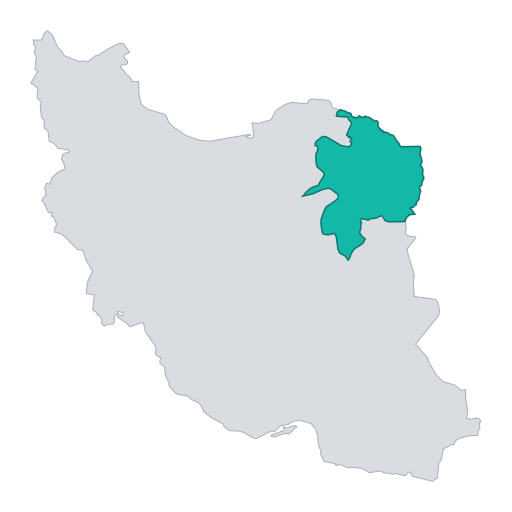 location of Razavi Khorasan within Iran
{"feature_id": "IRN-3245", "entity_name": "Razavi Khorasan", "entity_type": "Province", "adm_level": 1, "iso_a3": "IRN", "parent_name": "Iran", "parent_adm1": "", "projection": "albers", "projection_center": [59.461, 35.325], "detail": "fine", "context": "in_parent", "style": "filled", "palette": "teal", "viewbox_px": 512, "rotation_deg": 0, "n_neighbors": 0, "source": "natural_earth", "source_scale": "10m", "svg_char_len": 8444}
<svg xmlns="http://www.w3.org/2000/svg" viewBox="0 0 512 512"><path d="M252.0,122.7L258.4,123.4L270.3,120.0L271.4,119.1L275.4,111.2L279.6,107.8L286.8,103.8L291.4,102.5L307.3,103.7L308.6,100.5L311.3,98.9L328.5,100.3L331.1,102.9L332.0,107.5L346.4,111.9L349.3,113.3L352.8,116.8L355.7,117.7L359.4,116.2L361.7,117.3L365.6,116.4L376.8,121.5L378.3,126.6L380.3,129.0L382.8,131.1L391.8,135.1L394.5,137.4L401.0,146.8L419.2,146.4L420.4,148.5L420.3,152.5L421.7,162.2L420.3,165.8L422.7,169.0L422.5,175.0L423.5,179.3L421.5,185.2L419.4,186.4L420.7,191.6L418.9,196.6L419.2,198.5L416.3,202.8L416.2,204.5L410.8,208.5L414.8,214.2L408.9,214.7L405.2,220.9L406.3,228.3L405.3,232.1L405.9,234.2L407.5,235.6L415.6,237.0L415.8,238.0L407.3,248.8L407.7,252.9L414.2,274.6L413.3,285.4L414.3,296.5L435.3,299.4L437.7,302.2L439.3,308.4L439.3,313.0L438.7,315.4L415.5,344.1L427.8,358.0L428.4,361.1L436.0,374.7L443.0,381.6L455.0,385.1L460.7,390.1L465.7,389.7L465.4,396.7L467.8,411.3L466.5,418.0L470.8,419.2L477.3,418.0L479.7,419.2L481.0,421.6L479.4,423.0L479.9,428.7L478.2,430.0L477.7,435.4L467.9,435.9L458.9,438.6L455.6,440.7L453.8,444.6L450.8,444.4L449.8,445.9L443.4,448.7L441.3,459.8L438.9,462.5L437.3,478.3L435.8,478.5L432.7,481.3L412.6,476.4L410.5,472.7L408.4,472.0L405.5,475.7L395.5,473.6L392.1,474.3L390.0,473.2L384.6,473.1L380.3,470.9L369.4,472.7L362.8,468.7L355.7,467.6L347.0,467.5L339.9,464.5L336.2,465.6L334.5,463.5L324.0,461.4L320.7,454.2L320.7,450.7L318.3,444.5L317.6,435.6L315.4,429.0L311.1,423.6L299.3,420.1L293.0,421.5L288.3,424.4L280.6,425.8L274.4,431.6L271.0,431.0L256.6,438.5L253.6,438.2L243.4,432.3L238.8,431.0L229.2,430.6L224.2,426.7L223.0,424.0L211.0,417.5L203.8,411.7L201.8,406.7L198.8,402.9L191.6,399.5L187.7,396.1L176.3,394.0L169.0,385.7L169.1,383.1L165.1,374.3L164.8,368.0L163.9,366.3L160.2,363.4L159.7,361.7L160.9,357.9L156.0,355.0L155.4,353.1L156.0,347.1L145.2,331.5L143.5,323.2L141.3,322.7L130.0,326.9L127.2,323.6L118.2,317.5L117.1,315.5L119.6,314.8L121.9,315.9L123.4,315.0L123.0,313.2L120.8,311.9L117.5,311.6L118.3,313.3L115.1,314.6L114.2,316.5L114.3,322.5L112.9,324.1L107.7,324.5L104.4,326.1L101.8,323.6L101.5,319.2L100.0,316.2L97.5,314.8L95.9,311.9L92.7,310.1L94.3,294.9L86.2,293.6L87.5,282.1L92.6,271.1L86.0,259.9L83.5,251.6L81.6,249.9L77.6,249.6L65.5,237.3L61.2,233.9L54.9,232.2L54.6,228.4L56.7,224.5L54.4,218.7L53.7,217.0L51.2,216.0L51.8,212.6L48.4,212.4L43.4,202.1L41.7,200.6L46.2,194.0L44.5,187.9L46.7,183.3L49.9,184.0L51.8,177.6L58.5,171.8L63.9,169.6L64.6,167.7L64.1,163.9L61.5,159.0L62.5,155.3L63.7,153.5L69.3,152.2L69.7,151.4L67.4,149.7L58.2,148.4L53.8,143.2L49.3,141.5L47.9,131.2L47.3,129.9L45.2,129.2L44.0,127.2L44.2,120.6L41.5,117.2L40.2,107.1L40.4,104.7L41.6,102.8L37.1,97.8L37.5,91.3L38.7,90.0L33.6,84.4L31.1,83.8L31.0,82.9L36.3,73.6L38.3,71.5L35.1,69.5L35.8,64.5L35.5,60.3L36.5,56.5L34.6,53.3L34.3,51.5L35.7,47.2L33.8,44.8L33.3,40.0L41.7,40.0L44.2,33.2L47.6,30.7L52.2,34.9L57.8,47.3L61.6,51.3L64.3,55.6L79.3,61.7L82.8,60.9L88.1,61.8L95.7,55.6L98.9,55.1L107.6,49.1L118.1,43.7L123.2,43.3L129.6,52.4L125.1,54.4L124.2,56.4L124.4,58.4L127.5,60.9L127.6,63.3L126.4,64.3L121.9,65.1L120.4,67.3L124.7,71.6L126.6,75.0L129.1,76.1L132.5,81.6L138.8,81.6L138.8,93.9L141.3,104.4L147.6,109.3L164.7,114.3L166.5,116.5L168.8,122.2L173.0,126.6L185.9,135.6L200.6,140.6L210.6,141.1L247.9,134.6L251.3,134.8L245.7,136.7L247.7,137.8L252.4,138.1L253.5,137.2L253.8,135.7L252.0,122.7ZM294.6,428.0L292.1,431.3L288.3,434.1L285.5,433.2L274.2,437.0L271.2,436.6L270.9,435.2L283.3,430.7L284.0,429.4L283.4,426.8L287.2,428.0L291.7,426.1L295.4,425.6L297.0,427.2L294.6,428.0Z" fill="#d9dde1" stroke="#a8b0b8" stroke-width="1"/><path d="M340.7,109.8L340.8,109.8L341.2,109.7L341.4,109.8L341.5,110.0L341.7,110.4L341.9,110.6L342.2,110.7L342.6,110.7L343.0,110.6L343.4,110.6L344.2,110.8L347.7,112.6L349.3,113.0L350.0,113.1L350.4,113.2L350.8,113.4L351.0,113.6L351.0,113.8L350.9,114.0L351.3,114.9L351.4,115.1L351.4,115.6L351.4,116.0L351.5,116.4L351.9,116.7L352.3,116.9L354.1,117.2L354.4,117.3L355.0,117.7L355.3,117.8L357.4,117.6L357.8,117.5L358.1,117.0L358.3,116.5L358.6,116.1L359.0,115.8L359.4,115.8L359.8,116.0L360.9,117.0L361.9,117.5L362.5,117.5L363.0,117.5L363.2,117.4L363.3,117.2L363.5,117.1L363.8,117.1L364.3,117.2L364.5,117.1L365.0,116.7L365.1,116.2L366.6,116.8L368.4,117.2L369.3,117.7L369.6,117.9L369.9,118.0L370.6,118.1L370.9,118.3L371.6,119.0L374.7,121.3L375.2,121.3L376.5,120.7L377.0,120.9L377.5,121.3L377.9,121.9L378.0,122.3L378.0,123.0L378.1,123.3L378.2,123.5L378.1,123.8L377.9,124.1L377.8,124.4L377.9,125.0L378.4,127.0L378.6,127.4L380.1,128.6L380.5,129.1L380.6,129.3L380.6,129.5L380.5,129.8L380.4,130.1L380.5,130.3L380.9,130.4L381.0,130.5L381.4,130.8L381.6,130.8L382.3,130.5L382.7,130.6L383.0,131.0L383.2,131.4L383.3,132.0L383.5,132.5L383.8,132.7L384.0,132.7L384.5,132.1L384.9,132.0L388.3,133.1L389.8,134.3L390.7,134.8L392.6,135.2L393.4,135.5L394.1,136.5L395.0,138.3L396.1,140.0L398.6,143.0L399.1,143.8L399.8,145.6L400.3,146.4L401.1,146.8L404.8,146.7L408.0,146.6L413.0,146.5L415.8,146.4L418.2,146.3L419.4,146.5L420.3,146.6L420.5,147.6L420.7,148.0L420.8,148.3L420.9,148.7L420.8,149.0L420.7,149.3L420.6,149.6L420.5,149.9L420.4,150.2L420.4,150.5L420.6,150.9L420.1,153.3L420.0,154.7L420.4,155.6L420.2,155.8L420.2,156.0L420.4,156.1L420.6,156.2L420.8,156.4L420.9,156.6L421.0,156.9L421.0,157.2L421.0,157.8L421.1,158.1L421.5,158.7L421.8,160.5L421.9,161.4L422.0,161.5L421.9,161.7L421.7,162.0L421.5,162.5L421.5,162.8L421.4,163.0L421.4,163.4L421.2,163.5L420.9,163.6L420.7,164.1L420.8,164.7L420.8,164.9L420.5,165.3L420.1,165.7L419.8,166.0L420.1,166.2L420.7,166.2L421.2,166.5L421.6,166.9L422.0,167.3L422.2,167.7L422.5,168.2L422.6,168.7L422.7,169.8L422.8,170.2L422.9,170.7L422.7,171.3L422.9,171.5L422.9,171.8L422.7,172.5L422.8,173.2L422.7,173.4L422.4,173.7L422.3,173.9L422.4,174.7L422.7,175.3L423.3,176.2L423.5,176.5L423.7,177.7L423.8,178.3L423.7,178.9L423.4,179.4L422.8,180.1L422.6,180.7L422.4,181.6L422.3,181.9L421.8,182.6L421.6,182.9L421.5,183.5L421.7,185.0L421.5,185.5L421.0,185.8L420.5,185.9L420.0,185.9L419.6,186.2L419.5,186.8L419.5,187.5L419.6,187.9L419.8,188.1L419.8,188.4L419.5,188.6L419.4,188.7L419.5,189.0L420.4,190.1L420.4,190.6L420.3,190.8L420.4,191.1L420.6,191.3L420.1,192.1L419.9,192.6L419.8,193.8L419.5,194.9L419.4,195.4L419.3,195.7L419.0,196.3L418.9,196.6L419.0,196.9L419.1,197.5L419.0,198.8L418.8,199.7L418.1,200.0L418.0,200.5L417.5,201.3L416.8,201.9L416.3,202.4L416.3,203.1L416.4,203.9L416.3,204.6L416.1,204.9L415.8,205.0L415.5,205.0L415.2,205.0L414.8,205.2L414.7,205.4L414.6,205.7L413.5,206.9L413.0,207.3L412.4,207.4L411.1,207.6L410.5,207.9L410.2,208.6L410.4,208.6L410.7,208.7L410.8,208.9L411.0,209.6L411.2,209.8L411.8,210.1L412.1,210.3L412.4,210.7L412.8,211.4L414.6,213.7L414.9,214.3L413.1,214.4L410.6,214.6L408.9,214.7L409.1,215.3L408.7,215.7L407.6,216.3L406.7,217.2L406.0,218.2L405.3,219.6L405.2,220.9L405.3,221.3L405.2,221.3L403.4,221.6L388.3,221.8L385.2,220.7L382.8,216.8L381.5,215.7L379.0,216.6L376.8,217.9L369.6,219.0L368.9,219.7L368.3,220.2L365.8,219.4L361.9,218.9L360.7,219.4L360.3,220.2L360.4,221.0L361.4,222.5L361.1,224.5L360.6,226.6L360.8,227.9L360.7,229.0L360.1,230.5L359.7,232.2L359.8,233.4L360.5,234.1L361.1,234.5L361.3,235.2L361.5,236.0L365.2,238.8L364.4,240.1L364.3,240.9L363.1,242.9L362.0,244.0L354.2,249.0L350.8,254.1L349.9,257.5L348.9,259.3L348.2,260.1L347.6,259.6L345.7,256.4L343.6,255.1L342.0,254.4L341.5,253.9L339.4,252.7L337.9,249.0L336.3,236.7L335.3,234.8L334.3,233.5L328.1,234.8L323.3,234.1L322.2,232.3L320.9,223.8L321.2,218.9L324.5,209.8L326.2,206.9L335.8,200.4L338.2,198.1L338.5,196.3L337.7,194.4L330.9,189.0L328.3,188.2L322.2,189.6L312.6,193.9L302.8,196.1L306.8,191.5L310.0,188.8L312.7,187.2L317.8,185.5L318.5,184.9L319.6,182.6L323.9,175.6L324.3,173.6L322.8,171.7L317.3,167.0L316.7,165.3L316.1,161.8L315.8,156.3L316.2,153.2L317.2,151.4L317.9,148.7L317.4,146.4L316.5,145.8L315.7,145.7L315.2,145.8L315.3,145.0L315.2,144.0L315.4,142.7L316.8,140.9L322.5,136.5L326.3,136.8L341.5,145.7L348.0,146.8L349.8,146.4L350.6,145.5L351.5,143.3L351.3,142.4L350.4,141.9L350.1,141.4L350.3,140.6L351.7,139.1L351.6,138.4L350.9,138.1L350.4,137.3L350.2,136.6L349.9,136.7L349.6,137.6L348.9,137.7L348.5,136.8L347.9,136.1L346.8,135.3L346.7,134.3L347.6,133.1L349.1,129.0L349.9,127.9L350.2,127.0L350.2,126.4L350.4,125.9L351.1,125.2L351.6,124.3L351.4,123.1L350.8,121.8L348.8,119.8L348.2,118.6L348.0,117.6L347.5,117.0L337.2,116.4L336.3,115.7L336.7,114.7L337.0,113.6L337.0,112.4L337.9,111.5L340.7,109.8Z" fill="#14b8a6" stroke="#0f766e" stroke-width="1.5"/></svg>